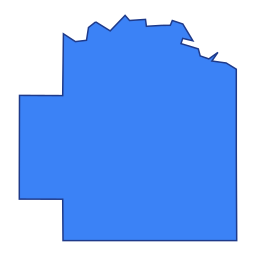 Wabaunsee, Kansas, United States of America
{"feature_id": "52423323B37462453886567", "entity_name": "Wabaunsee", "entity_type": "district", "adm_level": 2, "iso_a3": "USA", "parent_name": "United States of America", "parent_adm1": "Kansas", "projection": "robinson", "projection_center": [-96.171, 38.975], "detail": "fine", "context": "isolated", "style": "filled", "palette": "blue", "viewbox_px": 256, "rotation_deg": 0, "n_neighbors": 0, "source": "geoboundaries", "source_scale": "gbopen_adm2", "svg_char_len": 559}
<svg xmlns="http://www.w3.org/2000/svg" viewBox="0 0 256 256"><path d="M236.7,240.6L236.4,178.2L236.3,150.3L236.3,122.7L236.3,95.2L236.3,69.2L226.2,63.0L211.9,61.0L217.9,52.4L208.8,58.9L200.2,55.9L198.3,48.9L181.0,43.6L182.7,38.4L192.9,40.8L182.8,24.0L172.3,20.5L170.3,25.3L161.5,25.4L146.4,26.3L145.5,19.4L129.6,20.5L125.1,15.4L110.2,30.9L96.2,22.2L95.0,22.4L88.5,27.5L86.5,40.3L75.4,41.6L63.4,33.8L62.7,95.6L19.5,95.4L19.3,178.3L19.3,199.1L62.7,199.2L63.0,240.6L77.5,240.6L142.5,240.6L236.7,240.6Z" fill="#3b82f6" stroke="#1e3a8a" stroke-width="1.5"/></svg>